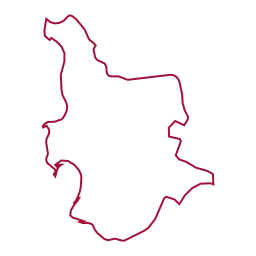 the border of Oristrano
{"feature_id": "ITA-5373", "entity_name": "Oristrano", "entity_type": "Province", "adm_level": 1, "iso_a3": "ITA", "parent_name": "Italy", "parent_adm1": "", "projection": "orthographic", "projection_center": [8.647, 40.028], "detail": "fine", "context": "isolated", "style": "outline", "palette": "rose", "viewbox_px": 256, "rotation_deg": 0, "n_neighbors": 0, "source": "natural_earth", "source_scale": "10m", "svg_char_len": 1798}
<svg xmlns="http://www.w3.org/2000/svg" viewBox="0 0 256 256"><path d="M79.9,222.0L83.7,221.1L72.5,217.5L70.3,215.3L70.8,210.5L73.7,205.6L77.1,201.3L79.2,197.8L77.8,197.8L77.0,199.8L76.0,201.4L74.8,202.7L73.3,203.6L75.8,200.8L78.2,196.0L80.0,190.9L80.7,187.1L81.4,178.0L81.0,174.8L79.2,170.6L74.5,164.9L68.1,161.0L61.3,160.5L55.3,164.8L56.8,166.5L57.5,165.0L58.5,164.8L59.7,164.9L61.4,164.8L58.9,166.5L57.3,169.2L55.3,176.4L53.8,174.3L55.7,171.1L54.3,168.7L51.6,166.7L48.3,163.7L47.7,163.5L47.2,163.0L46.4,160.9L46.2,158.6L46.8,156.8L47.6,155.0L47.9,153.1L46.2,142.6L46.4,139.3L49.1,133.3L49.2,129.7L46.5,125.7L43.3,127.5L42.7,126.4L44.3,124.1L48.0,121.9L48.7,122.0L55.3,121.6L59.1,120.1L60.7,119.8L62.6,118.4L64.9,115.0L66.7,110.6L67.3,106.4L66.2,102.5L62.4,94.9L61.5,89.7L60.8,74.7L64.4,61.5L64.4,53.0L61.5,46.6L56.8,41.8L51.3,37.9L49.7,40.0L44.9,36.0L44.4,30.3L46.3,18.8L50.2,22.1L54.6,23.4L59.2,22.9L63.5,20.9L68.1,16.2L69.8,15.4L71.8,15.8L76.0,19.0L84.8,29.7L88.4,38.0L89.7,40.0L94.3,43.8L95.7,45.5L93.7,48.7L93.6,50.4L95.3,57.6L97.3,60.0L104.7,63.6L106.2,66.4L106.8,72.8L108.2,75.3L110.5,76.3L118.3,76.3L127.7,79.8L170.4,74.8L172.5,75.0L174.5,75.7L176.5,77.0L178.3,79.2L179.5,82.1L182.1,94.3L182.6,102.9L184.8,110.6L187.7,116.1L188.0,118.1L187.5,120.0L184.1,125.3L175.1,121.0L168.8,127.7L169.1,136.6L179.9,139.0L180.8,141.4L175.8,155.3L179.1,159.4L185.9,161.7L196.1,167.7L207.6,171.0L212.4,173.8L212.8,174.2L213.0,174.7L213.3,184.3L212.4,183.8L209.5,183.3L200.6,183.7L192.3,188.1L185.0,195.2L179.3,204.1L174.4,199.4L166.6,196.9L165.6,197.2L164.8,197.8L163.9,198.9L155.2,218.9L148.6,227.6L144.5,230.6L124.4,240.6L122.0,240.6L115.2,238.7L108.0,240.2L104.4,239.0L97.1,232.8L94.6,229.3L92.9,225.3L91.9,224.3L89.1,223.1L82.8,223.0L79.9,222.0Z" fill="none" stroke="#9f1239" stroke-width="2"/></svg>